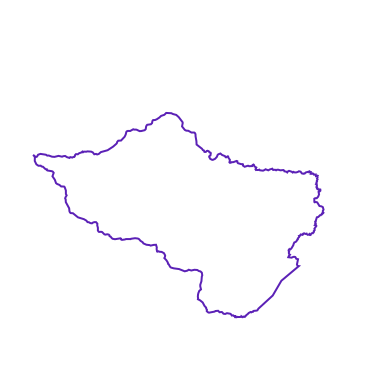 Lalaua, Nampula, Mozambique (Natural Earth projection), rotated 229°
{"feature_id": "85939544B71599092008043", "entity_name": "Lalaua", "entity_type": "district", "adm_level": 2, "iso_a3": "MOZ", "parent_name": "Mozambique", "parent_adm1": "Nampula", "projection": "natural_earth1", "projection_center": [37.97, -14.47], "detail": "fine", "context": "isolated", "style": "outline", "palette": "violet", "viewbox_px": 384, "rotation_deg": 229, "n_neighbors": 0, "source": "geoboundaries", "source_scale": "gbopen_adm2", "svg_char_len": 5960}
<svg xmlns="http://www.w3.org/2000/svg" viewBox="0 0 384 384"><g transform="rotate(229 192 192)"><path d="M247.7,89.3L242.4,92.6L239.7,93.5L237.8,93.4L236.9,94.3L235.2,94.9L234.0,95.9L233.9,97.2L233.4,98.4L232.2,99.8L230.2,99.8L229.0,98.6L226.7,97.5L224.7,95.7L223.3,95.5L222.8,95.7L221.6,97.3L220.7,97.9L217.6,98.1L216.7,98.6L215.7,100.3L214.5,101.2L213.6,101.3L212.7,100.8L211.7,101.3L209.9,101.2L208.8,101.4L206.9,102.9L204.0,107.6L203.4,107.8L203.0,107.4L202.3,107.4L201.7,107.9L200.2,110.2L199.8,111.3L196.7,114.8L196.7,115.3L194.5,118.7L192.4,120.6L191.2,121.1L188.9,121.1L186.5,121.8L185.1,121.6L182.1,123.0L179.7,125.2L178.7,125.6L177.2,128.4L175.8,130.2L173.3,129.1L172.2,127.9L170.0,126.6L169.7,126.7L169.2,127.9L168.3,128.2L166.7,129.8L164.2,130.7L161.7,130.1L160.8,129.1L160.3,127.8L157.4,127.9L154.7,127.5L153.5,126.8L152.7,127.0L149.9,126.4L148.7,126.6L146.3,128.2L142.3,131.7L136.9,134.5L135.7,136.9L135.5,138.5L133.2,140.0L131.7,142.8L129.7,144.8L127.7,145.4L126.5,146.3L124.7,146.5L122.4,145.1L121.8,144.0L118.5,140.6L116.5,137.3L115.3,136.3L112.6,134.9L112.6,132.6L111.6,130.6L110.6,129.2L109.0,127.6L107.9,127.0L107.2,126.1L105.0,127.0L101.6,127.6L97.8,126.7L95.5,126.8L94.7,126.2L93.3,126.0L92.5,125.0L91.8,125.0L90.3,125.3L89.7,125.8L86.9,130.6L86.8,131.6L85.2,133.8L83.2,133.9L82.1,135.5L81.5,135.9L79.5,135.9L78.2,137.0L77.6,138.9L75.0,141.0L74.2,141.2L72.6,141.0L72.0,142.1L70.9,142.3L70.3,143.0L70.1,142.6L69.4,142.4L69.1,143.0L68.6,143.0L68.3,143.4L68.3,144.1L67.7,144.4L65.9,146.6L65.6,147.1L65.8,147.5L65.4,147.5L65.4,147.9L64.2,148.2L64.0,149.4L63.1,149.9L63.4,151.0L63.2,151.8L63.5,152.4L63.3,153.7L63.5,155.4L63.0,157.5L62.3,157.8L62.3,158.2L61.6,159.4L61.9,159.8L61.7,160.7L60.2,162.8L59.8,163.7L60.4,165.6L60.9,185.0L66.4,201.3L66.0,224.0L67.0,223.2L68.5,223.7L71.7,227.9L73.2,226.9L75.1,227.3L76.1,226.6L76.6,225.8L77.1,224.1L79.6,221.9L80.2,223.1L80.4,224.8L81.3,224.6L82.0,224.8L82.8,225.4L83.1,226.1L84.2,226.3L84.7,226.7L85.0,227.9L84.5,227.9L84.1,228.4L84.3,230.3L85.4,233.6L86.0,234.4L86.8,236.1L86.3,237.6L86.5,239.2L86.8,239.6L86.8,240.8L87.5,241.3L87.7,243.2L88.1,243.9L88.6,244.0L88.1,245.1L88.5,245.6L88.6,246.3L87.1,247.3L87.1,248.1L87.6,248.5L87.3,249.5L85.9,250.1L85.4,251.2L84.7,251.0L83.7,251.3L83.2,252.5L83.2,252.9L82.5,252.6L82.0,252.9L81.8,253.4L82.2,254.0L82.3,255.3L81.6,256.2L81.9,256.7L81.7,257.3L82.0,258.0L82.6,258.3L82.8,259.7L84.0,260.3L84.8,263.6L85.2,263.7L86.4,263.0L86.7,264.5L87.7,264.5L88.3,265.7L88.8,265.6L89.1,266.6L91.0,269.6L90.3,271.0L90.5,273.4L90.0,274.0L90.2,274.9L89.9,275.4L90.5,276.0L89.9,276.9L90.1,277.6L91.0,277.6L91.9,278.3L92.4,279.7L94.7,280.8L96.2,280.3L97.8,279.0L102.0,279.7L103.1,279.0L103.8,277.8L104.2,277.8L106.7,279.9L106.5,280.9L105.5,282.1L105.7,284.1L106.9,286.4L108.5,287.2L109.1,287.7L108.7,288.2L108.7,289.6L109.1,290.0L108.8,290.0L109.4,290.3L109.5,289.7L110.1,289.2L111.6,289.1L111.7,288.7L112.1,288.5L113.4,288.9L113.5,289.4L114.2,289.3L114.6,290.2L115.4,290.9L116.6,290.7L116.9,292.0L117.7,292.3L118.0,293.4L118.7,293.7L119.1,295.0L120.2,295.2L120.5,296.2L121.4,296.7L121.8,297.5L122.3,297.2L122.3,296.5L122.7,296.4L122.8,296.0L123.8,296.6L123.8,296.3L124.5,296.2L125.2,295.4L125.9,295.6L126.9,295.3L127.0,295.1L126.8,294.8L127.8,293.6L128.1,294.1L128.7,294.1L129.0,294.6L129.6,293.9L129.8,294.4L130.6,294.2L130.7,293.6L132.1,290.7L132.0,289.1L132.5,288.8L132.7,288.0L134.0,287.1L136.1,287.3L137.5,286.3L137.7,285.1L138.3,283.7L139.2,282.5L140.7,281.7L140.6,280.8L142.0,280.5L144.3,279.1L144.6,278.0L144.3,276.7L145.3,276.6L147.0,275.3L147.6,275.6L148.6,275.4L150.4,272.9L152.1,271.8L153.0,270.8L153.2,269.7L154.3,269.3L155.4,267.7L156.9,267.9L158.0,265.4L158.3,263.8L160.9,262.4L161.0,261.2L161.5,259.6L163.8,257.5L164.7,257.5L165.1,256.5L165.9,255.5L166.5,255.3L166.7,254.7L167.5,254.8L168.3,256.6L170.3,255.9L171.7,256.5L172.4,256.4L172.6,255.3L172.1,254.4L174.0,252.0L174.7,251.8L175.3,251.1L176.5,248.3L178.5,247.8L179.4,248.6L179.7,248.6L180.9,247.3L183.6,245.6L184.6,245.7L185.5,246.4L186.2,246.0L187.4,242.8L188.7,241.2L188.6,240.6L189.1,239.8L189.8,239.7L191.4,241.7L194.1,242.0L195.1,242.6L195.6,242.2L195.8,240.4L196.2,240.2L197.5,240.4L200.2,239.0L202.4,238.7L203.2,236.6L203.1,235.5L202.2,233.8L201.9,231.1L202.6,228.8L203.1,228.3L205.0,227.5L207.3,228.0L207.7,228.7L207.5,229.9L209.0,231.7L209.6,231.8L210.5,231.2L211.7,231.4L212.9,230.8L213.3,230.0L213.2,228.7L214.1,227.7L215.6,228.2L216.4,227.7L218.1,227.9L224.8,226.6L227.5,228.7L231.5,231.1L233.4,232.6L234.8,232.9L235.4,232.7L237.2,230.6L240.6,229.4L242.1,227.9L243.6,227.3L248.0,227.5L250.2,230.3L251.0,230.7L257.2,231.1L260.5,230.7L263.3,228.8L265.0,228.1L268.6,224.4L268.4,221.8L269.7,218.6L269.6,216.2L270.0,213.1L270.6,211.3L271.8,209.8L271.6,208.8L270.2,207.0L270.1,205.4L272.1,202.3L272.0,201.4L271.5,200.3L269.8,198.3L269.7,196.8L271.3,193.7L272.3,192.4L275.5,191.0L277.1,189.2L277.9,188.8L278.6,185.4L280.2,183.6L280.6,182.5L280.4,181.8L278.9,179.7L277.9,177.4L277.4,172.2L279.1,170.0L278.9,168.5L278.1,167.2L278.0,166.2L278.0,162.2L278.9,155.7L281.9,149.4L281.9,146.5L282.6,145.0L283.7,144.6L284.6,143.0L287.0,143.1L288.6,142.4L291.3,139.7L291.8,138.6L293.4,136.9L293.5,135.8L294.4,135.8L294.4,134.5L295.3,132.3L295.4,130.5L296.7,129.3L296.6,128.0L296.0,127.3L295.7,126.2L296.2,125.7L296.5,124.3L298.2,123.0L298.1,121.9L300.3,120.5L302.4,119.9L303.5,118.3L303.9,117.1L306.8,115.0L308.7,111.3L310.5,109.5L313.4,107.9L314.5,106.6L316.0,106.2L320.2,102.6L321.1,100.3L320.4,98.3L320.8,97.1L321.3,96.8L322.8,96.8L324.2,96.3L322.6,96.5L321.3,96.2L318.6,93.7L315.0,92.7L312.6,93.3L311.1,95.1L310.0,95.2L308.8,96.1L305.6,96.4L304.3,97.3L303.9,96.8L303.1,97.0L299.6,99.9L298.7,100.3L297.2,100.2L295.4,97.0L291.2,96.5L287.9,95.2L286.5,95.5L284.3,96.6L282.0,96.9L280.1,99.0L279.2,99.1L275.9,97.8L273.2,95.5L271.7,95.2L270.9,92.8L270.3,92.0L269.3,91.8L267.1,90.1L260.3,88.6L257.9,86.9L256.7,86.5L255.7,86.6L254.1,88.2L247.7,89.3Z" fill="none" stroke="#5b21b6" stroke-width="2"/></g></svg>